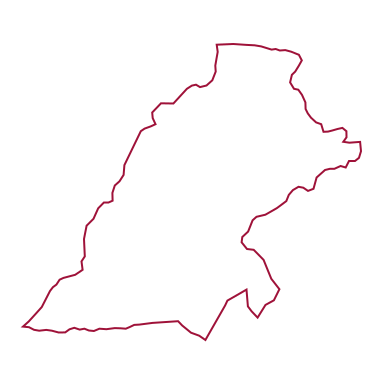 Mãe d'Água, Paraíba, Brazil
{"feature_id": "56859067B3615526568508", "entity_name": "Mãe d'Água", "entity_type": "district", "adm_level": 2, "iso_a3": "BRA", "parent_name": "Brazil", "parent_adm1": "Paraíba", "projection": "equal_earth", "projection_center": [-37.435, -7.243], "detail": "fine", "context": "isolated", "style": "outline", "palette": "rose", "viewbox_px": 384, "rotation_deg": 0, "n_neighbors": 0, "source": "geoboundaries", "source_scale": "gbopen_adm2", "svg_char_len": 1840}
<svg xmlns="http://www.w3.org/2000/svg" viewBox="0 0 384 384"><path d="M23.0,326.6L29.0,327.2L34.0,329.8L39.2,330.7L46.3,329.9L51.9,330.7L58.7,332.5L65.2,332.4L69.5,329.3L74.3,327.8L79.7,329.6L84.4,328.7L88.9,330.5L93.9,331.0L99.4,328.7L106.4,329.2L114.8,328.1L120.7,328.3L125.8,328.7L129.8,327.0L134.2,324.9L139.3,324.6L152.6,322.9L178.1,321.2L182.2,325.5L186.5,329.0L191.0,332.7L199.2,335.7L205.4,340.0L225.1,305.5L227.4,300.6L246.5,289.6L247.9,306.4L251.6,311.3L257.6,317.6L265.5,304.9L273.9,300.3L279.4,289.2L271.3,278.8L267.9,270.5L263.6,259.9L253.7,249.8L247.0,249.0L241.6,242.3L242.3,237.0L248.1,231.6L250.7,225.1L252.6,220.3L256.5,216.8L265.4,214.7L276.9,208.1L286.3,201.1L288.8,194.9L292.9,190.1L298.5,186.8L303.3,187.7L308.0,190.9L313.5,188.8L316.6,177.5L325.0,170.0L329.9,168.8L334.4,168.8L340.6,166.0L345.7,167.5L349.0,161.0L355.0,161.0L359.0,157.8L361.0,151.2L360.1,141.9L349.4,142.7L343.3,141.8L346.5,137.3L346.4,131.2L342.4,127.9L337.5,129.0L332.3,130.5L328.0,131.6L323.5,131.8L321.2,124.2L316.1,122.4L311.0,117.7L307.8,113.4L305.6,109.0L305.4,102.4L302.0,94.9L298.3,89.7L294.0,88.8L290.1,82.4L291.9,74.8L295.2,71.6L298.9,65.6L301.8,60.4L298.9,54.8L291.2,51.7L285.3,50.1L279.8,50.5L275.7,49.0L271.6,49.6L261.2,46.4L254.6,45.3L246.6,44.9L233.3,44.0L216.7,44.7L217.7,51.9L216.7,57.5L215.3,65.6L215.7,71.6L212.3,80.3L206.5,85.5L200.0,87.1L196.0,84.7L191.9,85.6L186.9,88.8L181.1,95.1L173.4,103.5L161.0,103.3L152.2,112.5L152.7,118.1L155.5,124.2L150.7,126.4L144.6,128.6L140.8,131.2L124.4,165.1L123.6,174.9L119.5,181.3L114.8,185.5L112.4,192.9L112.6,200.7L108.5,202.5L103.9,202.5L98.2,208.3L93.5,218.8L86.6,225.7L85.1,233.3L84.0,239.0L84.8,256.4L81.5,261.4L82.6,269.8L75.2,274.8L63.5,277.9L59.6,279.7L56.4,284.6L52.9,287.2L50.0,291.0L41.8,307.0L35.9,313.6L28.8,321.4L23.0,326.6Z" fill="none" stroke="#9f1239" stroke-width="2"/></svg>